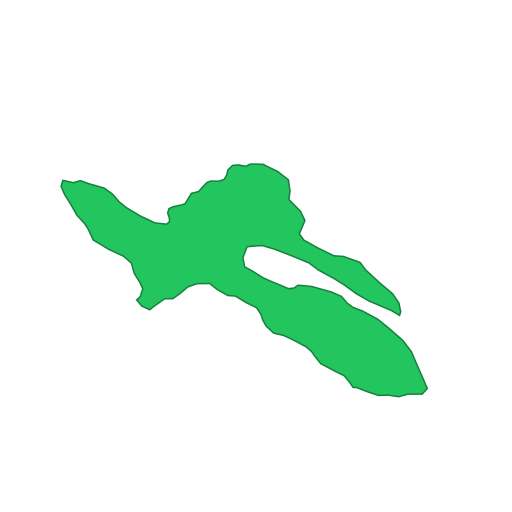 outline of Norrköping, Östergötland, Sweden, rotated 21°
{"feature_id": "70781695B31876776123918", "entity_name": "Norrköping", "entity_type": "district", "adm_level": 2, "iso_a3": "SWE", "parent_name": "Sweden", "parent_adm1": "Östergötland", "projection": "natural_earth1", "projection_center": [16.286, 58.655], "detail": "fine", "context": "isolated", "style": "filled", "palette": "green", "viewbox_px": 512, "rotation_deg": 21, "n_neighbors": 0, "source": "geoboundaries", "source_scale": "gbopen_adm2", "svg_char_len": 1813}
<svg xmlns="http://www.w3.org/2000/svg" viewBox="0 0 512 512"><g transform="rotate(21 256 256)"><path d="M176.1,344.3L178.6,339.8L186.1,328.6L193.6,325.7L198.4,318.5L203.3,309.5L210.8,303.0L222.6,298.3L231.7,301.2L244.0,303.0L251.0,300.8L263.3,303.0L275.1,304.1L281.5,308.7L285.3,313.4L290.6,317.8L300.3,321.7L309.9,320.3L320.1,321.0L335.1,322.8L342.1,325.3L347.0,328.6L355.0,333.3L372.2,335.4L381.3,336.2L388.8,340.5L393.8,343.9L396.5,342.8L409.1,342.8L420.2,342.3L429.3,338.5L439.7,336.2L447.4,330.5L460.6,325.4L463.4,318.3L457.1,311.8L445.9,300.5L435.4,289.7L423.5,282.3L408.2,276.6L392.8,271.5L375.4,269.2L365.0,269.2L358.0,267.3L350.3,263.1L339.2,262.6L318.9,264.5L305.7,268.2L302.9,272.4L298.0,274.8L279.9,274.3L270.2,273.8L259.0,271.5L249.2,270.1L244.4,262.2L244.4,250.5L252.0,246.8L258.3,244.0L270.2,243.0L287.6,243.0L307.8,243.5L319.6,246.8L337.0,249.1L348.9,251.4L362.8,255.2L377.5,257.5L401.9,258.4L411.3,260.0L411.1,256.2L406.3,248.7L397.1,242.3L382.7,237.3L374.1,234.0L363.4,229.7L355.4,224.7L337.7,225.1L328.6,227.9L309.9,226.2L294.9,224.0L288.5,219.7L289.0,205.4L281.5,198.3L266.5,191.5L264.4,182.9L262.0,178.8L259.0,173.3L246.2,169.4L230.7,168.0L230.5,167.7L224.9,169.5L217.8,172.2L214.3,175.9L206.8,177.3L201.7,179.8L198.9,185.7L199.6,190.5L198.9,195.8L194.5,199.4L186.6,202.4L183.8,205.1L181.1,211.5L179.4,216.3L173.2,220.7L171.1,232.4L168.4,234.9L161.2,239.5L157.8,242.9L158.1,247.5L161.5,251.6L162.9,254.8L161.2,258.3L149.8,261.3L133.7,260.1L118.0,257.4L108.7,254.4L99.8,249.6L89.9,247.0L74.1,248.4L64.9,248.6L59.4,253.0L48.6,254.6L49.1,260.9L55.5,267.4L64.6,274.2L74.2,282.1L84.9,287.5L90.2,291.5L98.3,299.4L116.5,302.6L132.5,303.7L142.2,307.3L148.6,315.9L157.2,322.4L162.0,327.1L162.5,335.4L160.3,339.8L167.3,343.7L176.1,344.3Z" fill="#22c55e" stroke="#15803d" stroke-width="1.5"/></g></svg>